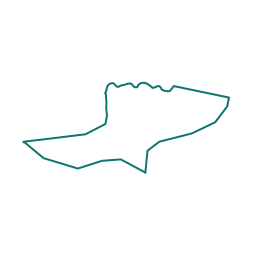 Patience, Praslin, Saint Lucia, rotated 348°
{"feature_id": "8701671B25474950387418", "entity_name": "Patience", "entity_type": "district", "adm_level": 2, "iso_a3": "LCA", "parent_name": "Saint Lucia", "parent_adm1": "Praslin", "projection": "robinson", "projection_center": [-60.908, 13.85], "detail": "fine", "context": "isolated", "style": "outline", "palette": "teal", "viewbox_px": 256, "rotation_deg": 348, "n_neighbors": 0, "source": "geoboundaries", "source_scale": "gbopen_adm2", "svg_char_len": 4311}
<svg xmlns="http://www.w3.org/2000/svg" viewBox="0 0 256 256"><g transform="rotate(348 128 128)"><path d="M112.9,89.2L113.1,89.7L113.3,90.1L113.4,90.8L112.9,93.1L112.6,95.9L112.5,97.3L110.7,104.7L110.2,110.0L110.0,111.6L106.8,119.3L85.2,125.3L35.8,120.9L23.1,119.7L22.9,120.2L23.9,120.6L39.1,139.9L70.5,157.2L95.8,154.7L114.4,157.2L135.7,175.2L142.4,154.2L155.9,147.9L189.0,146.6L214.5,140.5L229.5,127.5L233.1,119.3L233.0,119.2L181.7,96.6L181.3,96.7L181.2,96.8L181.0,97.0L180.8,97.1L180.7,97.2L180.5,97.3L180.4,97.4L180.2,97.6L180.0,97.8L179.8,98.0L179.7,98.1L179.4,98.4L179.2,98.5L178.9,98.7L178.8,98.8L178.6,98.9L178.5,99.0L178.3,99.2L178.2,99.3L177.9,99.5L177.7,99.7L177.6,99.8L177.5,100.0L177.3,100.1L177.2,100.2L177.0,100.3L176.8,100.3L176.7,100.4L176.3,100.4L176.1,100.5L175.9,100.5L175.7,100.4L175.2,100.4L174.9,100.4L174.7,100.3L174.3,100.2L174.1,100.2L173.9,100.1L173.7,100.1L173.4,100.0L173.2,99.9L172.9,99.8L172.7,99.7L172.4,99.6L172.2,99.5L171.9,99.4L171.7,99.3L171.5,99.2L171.4,99.1L171.2,99.0L170.9,98.9L170.6,98.6L170.3,98.4L170.2,98.3L170.0,98.2L169.9,98.1L169.7,98.0L169.6,97.9L169.4,97.8L169.3,97.6L169.1,97.5L169.0,97.3L169.0,97.2L168.9,97.0L168.8,96.8L168.8,96.6L168.8,96.4L168.7,96.2L168.6,95.8L168.6,95.6L168.5,95.4L168.4,95.2L168.2,94.8L168.1,94.6L167.8,94.3L167.7,94.2L167.4,93.9L167.2,93.6L166.9,93.4L166.7,93.3L166.4,93.3L166.2,93.3L165.7,93.3L165.3,93.3L165.2,93.3L164.8,93.4L164.6,93.4L164.5,93.5L164.3,93.5L164.1,93.5L163.9,93.5L163.7,93.6L163.4,93.6L163.2,93.7L162.8,93.8L162.6,93.8L162.3,93.9L162.2,93.9L161.7,93.9L161.4,94.0L161.1,94.0L160.9,94.0L160.8,93.9L160.6,93.8L160.4,93.7L160.1,93.5L160.0,93.3L159.8,93.2L159.7,93.0L159.6,92.9L159.5,92.7L159.4,92.6L159.3,92.4L159.1,92.2L158.9,91.9L158.7,91.7L158.5,91.4L158.4,91.2L158.2,91.1L158.1,90.9L157.8,90.6L157.7,90.4L157.4,90.1L157.2,90.0L157.1,89.9L156.9,89.7L156.7,89.6L156.6,89.4L156.4,89.3L156.2,89.1L155.9,88.9L155.7,88.7L155.4,88.4L155.2,88.3L155.1,88.2L154.9,88.1L154.7,87.9L154.4,87.7L154.2,87.6L153.9,87.4L153.7,87.4L153.4,87.2L153.2,87.2L152.8,87.1L152.7,87.0L152.3,87.0L152.1,87.0L151.9,86.9L151.6,86.9L151.4,86.9L151.2,86.9L150.9,86.8L150.7,86.8L150.3,86.8L150.1,86.8L149.8,86.9L149.6,86.9L149.4,87.0L149.2,87.0L148.9,87.1L148.7,87.3L148.3,87.4L148.1,87.5L147.9,87.6L147.6,87.8L147.4,87.9L147.3,88.0L147.1,88.1L146.9,88.2L146.8,88.4L146.7,88.5L146.4,88.8L146.3,89.0L146.1,89.3L145.9,89.6L145.6,89.8L145.3,89.9L145.1,89.9L144.9,89.9L144.7,89.9L144.4,89.9L144.2,89.9L143.9,89.8L143.7,89.7L143.4,89.6L143.2,89.5L142.9,89.4L142.7,89.1L142.4,88.8L142.3,88.7L142.2,88.5L142.1,88.4L142.0,88.2L141.9,88.1L141.8,87.9L141.7,87.7L141.6,87.4L141.5,87.2L141.4,87.0L141.3,86.9L141.2,86.7L141.1,86.3L140.9,86.2L140.7,85.9L140.6,85.7L140.4,85.6L140.1,85.3L140.0,85.2L139.8,85.1L139.7,85.0L139.3,84.9L139.2,84.9L138.8,84.8L138.7,84.8L138.3,84.8L138.1,84.8L137.9,84.7L137.6,84.6L137.4,84.6L137.1,84.6L136.9,84.6L136.7,84.6L136.4,84.7L136.2,84.7L135.8,84.8L135.6,84.8L135.4,84.8L135.1,84.9L134.9,84.9L134.7,84.9L134.3,84.9L134.1,84.9L133.9,84.9L133.7,84.9L133.4,84.9L133.2,85.0L132.8,85.0L132.7,85.0L132.2,85.0L131.9,84.9L131.7,84.9L131.3,84.9L131.2,84.9L131.0,85.0L130.8,85.0L130.6,85.0L130.3,85.0L130.1,85.0L129.9,85.0L129.7,85.0L129.4,85.1L129.2,85.1L128.8,85.3L128.6,85.3L128.3,85.4L128.1,85.5L127.9,85.6L127.6,85.7L127.4,85.7L127.2,85.7L126.9,85.6L126.7,85.6L126.4,85.5L126.2,85.4L125.9,85.3L125.8,85.1L125.6,85.0L125.5,84.9L125.4,84.8L125.2,84.6L124.9,84.3L124.8,84.2L124.7,84.0L124.6,83.9L124.6,83.7L124.4,83.3L124.3,83.2L124.2,82.8L124.1,82.6L124.1,82.4L123.9,82.1L123.7,82.0L123.6,81.8L123.5,81.7L123.4,81.6L123.2,81.5L123.1,81.4L122.9,81.3L122.8,81.2L122.6,81.1L122.4,81.0L122.3,80.9L122.1,80.9L121.8,80.8L121.6,80.8L121.3,80.8L121.1,80.9L120.9,80.9L120.7,80.9L120.4,81.0L120.2,81.0L119.9,81.0L119.7,81.0L119.3,81.1L119.2,81.1L118.8,81.2L118.7,81.3L118.4,81.4L118.2,81.5L117.9,81.7L117.8,81.8L117.6,81.9L117.4,82.0L117.1,82.3L117.0,82.5L116.9,82.6L116.7,82.8L116.5,83.1L116.4,83.3L116.2,83.5L116.0,83.9L115.9,84.0L115.7,84.4L115.6,84.6L115.5,84.8L115.4,85.0L115.3,85.3L115.2,85.5L115.0,85.9L114.9,86.1L114.8,86.3L114.7,86.5L114.6,86.8L114.5,87.0L114.4,87.2L114.3,87.3L114.2,87.5L114.0,87.8L113.9,88.0L113.6,88.3L113.5,88.5L113.4,88.6L113.2,88.8L113.0,89.1L112.9,89.2Z" fill="none" stroke="#0f766e" stroke-width="2"/></g></svg>